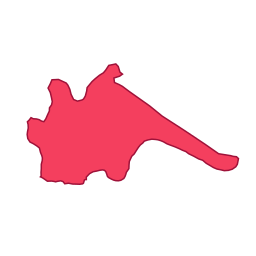 Bilasuvar District, Biləsuvar, Azerbaijan, rotated 166°
{"feature_id": "54616110B16304773097912", "entity_name": "Bilasuvar District", "entity_type": "district", "adm_level": 2, "iso_a3": "AZE", "parent_name": "Azerbaijan", "parent_adm1": "Biləsuvar", "projection": "mercator", "projection_center": [48.464, 39.544], "detail": "fine", "context": "isolated", "style": "filled", "palette": "rose", "viewbox_px": 256, "rotation_deg": 166, "n_neighbors": 0, "source": "geoboundaries", "source_scale": "gbopen_adm2", "svg_char_len": 1986}
<svg xmlns="http://www.w3.org/2000/svg" viewBox="0 0 256 256"><g transform="rotate(166 128 128)"><path d="M224.8,101.8L223.5,100.8L222.5,99.8L220.9,98.0L219.2,96.0L219.1,95.9L215.0,95.0L212.8,94.1L211.3,93.3L209.0,93.3L206.0,93.0L203.9,91.6L202.9,89.2L199.0,88.8L196.3,87.5L194.9,86.9L192.2,86.2L188.4,85.1L185.6,84.8L184.6,85.2L182.8,88.2L181.1,88.2L180.9,88.1L180.3,90.5L176.3,93.0L172.5,94.0L168.6,93.8L165.5,93.8L162.8,93.5L161.0,92.6L160.1,90.9L159.8,88.5L159.7,86.2L159.0,84.8L156.7,82.6L154.5,80.9L152.7,79.9L150.1,79.1L147.6,79.0L144.3,80.0L142.7,81.6L141.5,83.3L140.3,85.4L138.4,87.1L137.0,88.3L136.1,91.3L136.1,91.5L134.8,95.2L133.2,97.2L131.2,99.7L128.3,101.3L125.6,103.9L122.6,106.7L120.1,108.6L117.2,109.9L115.4,111.3L111.8,111.6L107.6,111.4L104.0,110.2L101.8,109.3L99.3,107.8L97.0,106.1L94.1,103.3L91.7,101.6L89.8,100.3L86.6,98.1L83.1,95.4L80.6,93.3L77.5,91.1L75.4,88.4L71.1,84.8L66.9,80.9L63.3,78.6L60.7,74.9L57.1,71.4L54.7,69.0L51.7,66.7L47.7,64.8L44.9,63.3L40.8,62.6L36.8,62.8L32.8,64.3L30.7,66.3L28.2,71.6L29.7,73.9L32.7,75.0L34.5,76.0L35.0,76.3L46.3,81.1L57.1,93.5L75.4,113.6L92.0,131.3L101.6,144.1L118.2,163.4L121.3,167.2L123.3,169.7L126.1,172.3L130.1,175.4L129.6,179.9L123.6,180.3L120.3,181.6L122.3,184.2L122.6,190.1L124.3,193.1L131.5,193.4L135.6,189.6L138.5,187.5L142.9,186.1L148.0,183.7L151.7,181.7L157.9,177.1L159.2,173.8L161.7,169.3L164.2,166.8L166.1,166.3L170.5,166.3L173.9,168.8L175.1,174.5L175.1,179.6L176.0,184.2L177.1,186.6L180.2,189.1L183.7,191.9L190.1,193.2L192.8,189.6L195.9,186.1L194.8,181.1L194.9,175.8L195.1,171.9L196.6,168.9L199.3,166.6L200.2,163.5L202.5,160.7L205.5,156.8L208.1,154.5L210.2,155.6L212.2,157.6L214.6,158.9L217.7,159.9L219.6,161.5L222.1,159.5L224.1,158.4L224.1,155.5L224.8,152.1L226.4,148.7L227.4,146.1L227.8,142.0L226.5,138.1L223.7,135.7L221.0,132.9L218.8,130.1L218.8,125.5L218.3,122.0L218.3,119.7L219.1,117.1L220.9,113.8L222.0,109.4L223.1,106.1L223.9,102.4L224.8,101.8Z" fill="#f43f5e" stroke="#9f1239" stroke-width="1.5"/></g></svg>